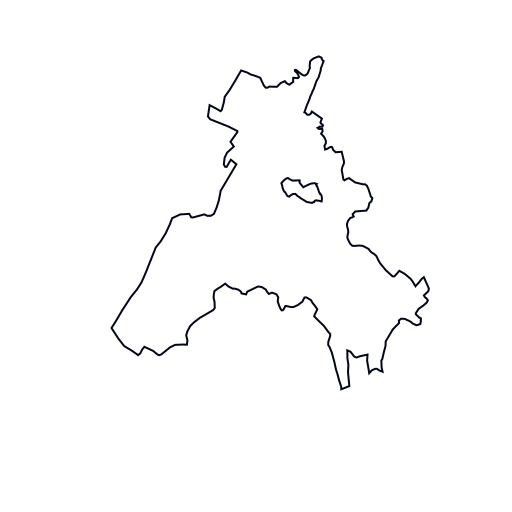 Faqus, Ash Sharqiyah, Egypt (Natural Earth projection), rotated 148°
{"feature_id": "37247803B31970739059734", "entity_name": "Faqus", "entity_type": "district", "adm_level": 2, "iso_a3": "EGY", "parent_name": "Egypt", "parent_adm1": "Ash Sharqiyah", "projection": "natural_earth1", "projection_center": [31.817, 30.749], "detail": "fine", "context": "isolated", "style": "outline", "palette": "ink", "viewbox_px": 512, "rotation_deg": 148, "n_neighbors": 0, "source": "geoboundaries", "source_scale": "gbopen_adm2", "svg_char_len": 6098}
<svg xmlns="http://www.w3.org/2000/svg" viewBox="0 0 512 512"><g transform="rotate(148 256 256)"><path d="M107.6,391.6L110.1,388.3L110.6,386.9L113.6,384.8L114.6,384.1L115.3,383.5L117.0,383.1L118.7,383.1L119.5,383.6L120.4,384.5L121.2,386.3L122.0,388.6L122.4,389.5L122.8,390.9L123.2,392.2L123.6,392.7L124.4,393.1L124.9,392.3L124.1,388.6L124.6,385.1L125.5,384.8L126.3,384.7L128.5,386.3L130.0,387.4L130.4,386.9L131.7,384.8L132.2,383.9L133.0,383.9L134.4,383.8L136.9,383.6L137.5,384.6L138.5,386.3L138.9,389.0L143.5,389.6L148.6,388.4L151.8,390.5L154.9,392.6L157.0,392.6L158.6,393.6L159.0,396.3L158.6,399.9L158.5,400.7L158.0,404.8L158.5,405.6L158.8,406.0L159.6,407.1L161.7,409.8L164.2,412.6L166.2,416.2L166.6,416.7L169.5,420.3L170.3,421.2L181.4,415.3L190.8,410.6L198.1,407.6L202.0,403.2L207.6,398.0L208.1,397.9L209.3,397.6L211.7,402.2L215.4,408.5L222.8,399.8L222.4,396.2L210.9,380.6L205.6,371.9L206.0,371.0L217.1,366.4L216.8,360.6L225.7,359.0L230.5,356.0L234.8,350.7L234.9,348.0L233.6,347.1L229.8,349.2L226.3,351.0L224.0,344.2L251.3,330.1L258.2,322.7L263.8,317.9L269.4,314.0L273.2,314.1L276.1,316.0L277.8,318.7L284.5,320.7L289.1,322.1L290.4,323.1L290.3,327.1L298.2,331.4L307.1,332.5L312.7,328.2L320.8,323.0L329.4,318.8L336.6,316.3L344.7,310.3L358.9,299.9L367.1,294.3L372.1,291.9L372.7,291.6L375.2,290.5L383.7,287.6L398.3,280.8L409.8,274.8L416.7,271.5L416.5,259.3L415.5,249.4L411.8,242.2L409.4,236.7L408.6,234.4L405.7,234.8L402.2,236.9L398.8,238.2L393.5,230.0L391.7,224.5L390.7,223.2L388.6,222.7L377.1,224.1L371.7,223.5L365.0,219.7L361.6,217.4L361.1,218.1L359.0,220.5L358.1,223.1L357.2,225.8L354.2,228.4L349.1,231.4L344.0,232.6L337.5,233.2L336.3,233.3L333.0,233.2L330.4,233.1L327.0,233.0L323.2,232.9L320.7,232.9L319.7,233.3L318.6,233.7L315.5,239.0L314.1,243.0L313.2,244.3L311.9,246.1L309.8,248.3L305.5,248.6L303.0,248.5L297.9,248.8L296.7,248.8L295.5,244.7L294.7,243.4L293.0,240.6L291.4,239.7L288.9,236.9L288.1,235.1L287.7,233.3L288.1,231.9L286.5,230.4L284.8,228.7L282.3,230.4L278.0,229.9L271.3,229.2L270.0,228.8L267.5,226.5L265.5,222.4L265.6,219.7L265.2,217.0L262.2,216.5L261.8,216.4L259.0,212.8L259.0,209.6L259.0,209.2L261.6,206.1L262.6,202.1L263.1,199.0L263.1,196.3L262.6,196.1L261.9,195.8L260.6,196.2L259.3,197.1L258.4,197.5L258.0,197.9L257.2,197.9L253.0,193.8L250.9,192.8L246.3,192.2L242.5,192.6L241.6,192.5L240.3,193.0L239.1,193.8L238.2,194.3L236.9,195.1L235.2,194.2L232.8,189.6L232.9,186.0L232.5,183.3L232.2,178.4L233.5,177.5L236.9,175.4L238.6,174.1L237.8,170.3L237.1,167.3L235.5,161.0L234.9,153.3L234.4,150.5L234.7,150.3L235.4,148.9L240.1,145.0L241.9,142.3L241.9,139.6L242.9,133.8L244.3,129.4L245.6,124.9L248.3,117.4L249.7,112.0L251.5,106.2L252.9,100.4L253.4,99.2L253.8,98.7L254.3,97.8L245.8,96.2L240.9,106.0L239.6,108.6L235.3,114.8L232.6,121.0L230.4,124.5L228.6,127.6L226.6,124.8L226.2,120.8L226.0,119.1L225.9,118.5L224.6,116.7L220.4,115.7L213.7,113.3L217.2,108.4L221.0,99.2L222.1,96.6L218.3,97.7L214.9,97.2L213.2,96.2L212.0,93.5L211.4,92.7L210.0,90.8L208.6,94.8L205.1,100.9L203.4,101.8L197.6,107.6L195.5,109.5L193.9,111.0L191.2,114.9L181.7,119.8L178.8,121.3L175.0,122.2L172.9,122.7L171.2,123.1L170.3,123.3L169.0,125.6L166.0,125.9L165.0,125.1L163.5,124.1L162.3,122.7L161.9,121.8L160.6,119.9L159.4,117.7L159.0,115.9L156.6,112.2L152.8,111.2L150.6,113.4L150.6,113.9L150.2,114.3L149.8,114.8L149.2,115.7L150.1,117.0L151.3,121.9L150.8,122.8L146.1,125.0L140.6,125.3L139.1,125.5L136.0,126.0L135.1,126.5L133.8,127.3L133.8,129.6L134.6,131.4L134.5,133.6L128.6,134.8L126.8,136.6L126.4,138.3L124.9,149.1L125.8,149.0L127.9,148.7L131.3,147.4L135.8,146.1L136.8,145.8L136.7,151.6L137.0,154.8L138.6,159.8L139.0,161.1L139.8,162.9L142.3,167.5L147.8,165.8L149.5,165.4L151.0,166.4L153.5,175.4L154.6,184.0L154.5,188.0L154.1,190.2L154.0,192.5L154.8,195.2L156.4,198.4L156.8,202.4L160.0,207.9L161.7,209.3L163.0,210.2L164.6,211.1L165.7,211.6L166.7,212.1L168.8,213.5L169.6,216.2L169.5,218.9L169.3,220.5L169.0,222.5L168.6,223.4L166.9,225.5L165.1,227.3L163.8,230.0L163.3,232.2L162.0,234.8L159.8,236.7L159.4,237.0L157.0,237.9L156.0,238.3L153.9,237.8L152.2,237.7L152.2,239.5L151.7,240.4L150.9,240.4L148.3,241.2L138.3,236.0L136.6,236.9L135.3,237.3L131.8,240.8L129.3,241.2L128.8,241.6L126.7,243.3L127.1,245.6L126.6,247.4L125.3,252.7L125.1,253.5L124.9,255.4L124.7,256.8L125.5,259.0L127.2,260.0L133.0,265.9L133.4,266.9L133.8,267.8L134.7,270.0L135.8,272.7L138.4,273.3L140.9,273.3L141.3,274.7L138.8,280.8L138.6,281.4L138.1,282.6L137.7,283.6L136.4,284.9L135.3,286.0L134.6,286.4L134.3,286.6L133.0,287.5L132.1,288.3L131.2,289.7L130.0,293.3L128.1,299.0L129.3,299.6L133.5,301.8L134.3,305.0L133.8,308.1L134.2,308.6L135.5,309.1L138.0,309.1L139.3,309.2L141.0,309.7L140.6,310.6L139.6,313.2L137.9,314.1L137.1,314.5L136.9,314.8L135.7,316.7L135.3,318.9L135.3,319.8L135.2,321.2L136.0,325.2L133.4,326.5L133.0,327.4L132.5,328.7L133.4,329.2L134.2,329.7L135.5,330.6L135.6,331.0L135.9,332.0L135.0,331.9L133.3,331.9L132.1,331.0L131.2,330.5L129.9,331.4L130.7,334.1L130.7,335.0L128.9,336.4L127.3,337.6L132.1,348.9L134.3,347.6L136.4,347.7L137.3,348.4L137.6,348.6L138.0,350.4L138.4,351.8L138.8,352.2L134.2,355.9L132.8,357.0L127.8,360.5L127.2,360.9L125.9,362.2L122.5,364.4L120.3,366.1L118.6,367.0L116.5,368.7L114.3,370.5L112.2,372.2L108.3,374.3L103.2,378.7L101.4,380.9L98.4,383.1L98.0,383.5L95.8,385.2L95.4,385.4L95.8,386.1L95.8,388.4L95.3,389.3L97.0,392.0L102.0,393.0L102.9,393.0L105.8,392.7L107.1,392.2L107.6,391.6ZM175.2,271.2L176.9,271.7L178.1,270.9L178.6,271.3L180.3,271.3L184.4,275.0L185.2,276.8L187.7,281.8L188.1,283.2L188.9,284.6L189.7,287.8L191.2,288.6L192.1,289.1L193.8,289.0L195.3,289.0L196.3,288.7L197.4,290.0L197.6,290.6L197.5,294.7L197.9,295.6L197.9,296.5L197.4,299.6L196.5,301.8L196.1,303.2L195.9,304.3L192.6,305.3L189.7,305.7L187.6,305.2L186.8,303.4L185.1,300.6L179.7,297.5L179.3,297.3L178.9,296.9L180.2,295.1L179.6,290.4L179.5,289.3L172.7,288.6L170.6,288.1L167.7,286.7L166.3,284.9L167.3,284.5L167.3,284.0L167.3,282.6L167.8,280.0L168.1,279.0L168.8,276.0L168.8,275.1L168.8,274.6L168.4,274.6L168.4,273.6L168.4,272.4L169.7,269.7L170.6,268.4L171.5,267.5L173.1,269.3L174.4,270.3L175.2,271.2Z" fill="none" stroke="#020617" stroke-width="2"/></g></svg>